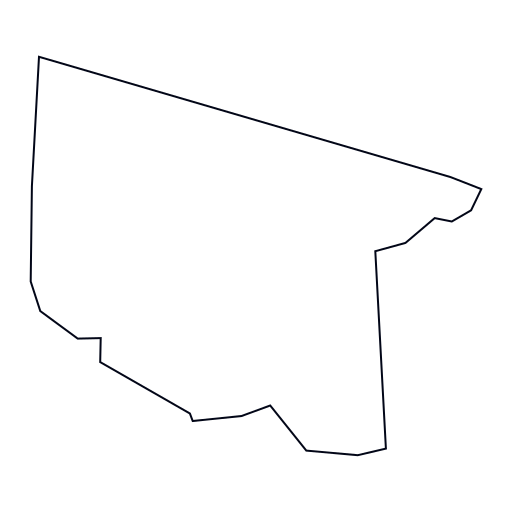 Nottoway, Virginia, United States of America
{"feature_id": "52423323B59431462961451", "entity_name": "Nottoway", "entity_type": "district", "adm_level": 2, "iso_a3": "USA", "parent_name": "United States of America", "parent_adm1": "Virginia", "projection": "mercator", "projection_center": [-78.009, 37.14], "detail": "fine", "context": "isolated", "style": "outline", "palette": "ink", "viewbox_px": 512, "rotation_deg": 0, "n_neighbors": 0, "source": "geoboundaries", "source_scale": "gbopen_adm2", "svg_char_len": 385}
<svg xmlns="http://www.w3.org/2000/svg" viewBox="0 0 512 512"><path d="M385.9,448.6L375.3,251.2L405.5,242.9L434.7,218.1L451.8,221.5L471.1,210.3L481.3,189.1L450.6,177.1L39.0,56.8L31.9,186.2L30.7,281.5L40.3,311.1L77.7,338.6L100.7,338.1L100.2,362.1L189.9,413.5L192.7,421.0L241.6,416.0L270.2,405.5L306.3,450.6L357.7,455.2L385.9,448.6Z" fill="none" stroke="#020617" stroke-width="2"/></svg>